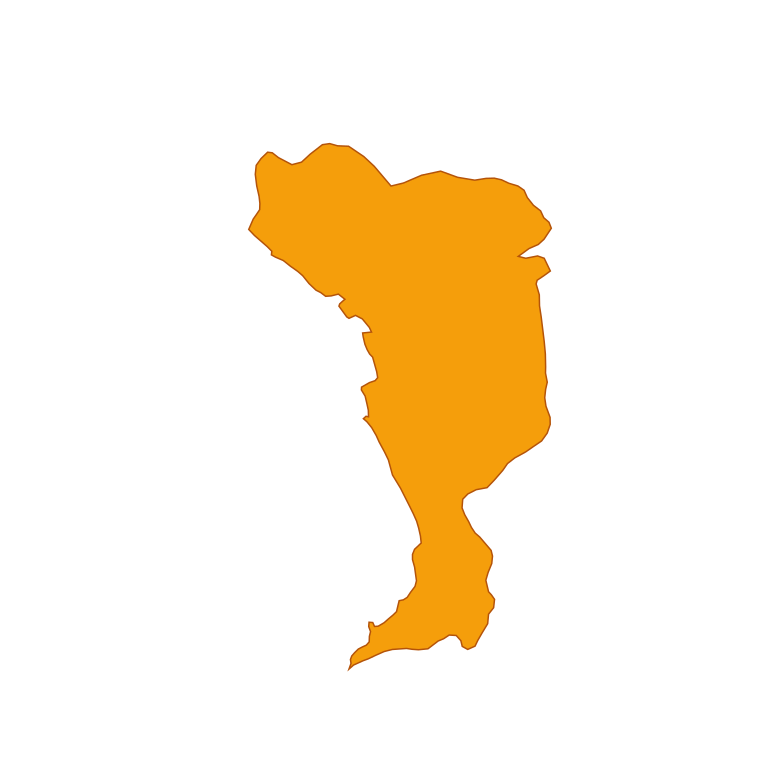 the district of Lundu, Sarawak, Malaysia, rotated 221°
{"feature_id": "92858781B46549610571988", "entity_name": "Lundu", "entity_type": "district", "adm_level": 2, "iso_a3": "MYS", "parent_name": "Malaysia", "parent_adm1": "Sarawak", "projection": "orthographic", "projection_center": [109.809, 1.733], "detail": "fine", "context": "isolated", "style": "filled", "palette": "amber", "viewbox_px": 768, "rotation_deg": 221, "n_neighbors": 0, "source": "geoboundaries", "source_scale": "gbopen_adm2", "svg_char_len": 2607}
<svg xmlns="http://www.w3.org/2000/svg" viewBox="0 0 768 768"><g transform="rotate(221 384 384)"><path d="M587.5,411.9L579.2,411.1L562.3,411.1L555.8,410.6L553.7,407.6L549.3,408.5L541.1,411.1L532.0,411.5L522.9,412.4L516.4,412.4L506.4,410.6L496.9,410.2L491.7,411.5L485.6,411.9L481.7,415.8L477.4,421.9L469.1,422.3L469.6,418.9L470.0,415.4L469.1,413.2L456.1,410.2L453.5,410.6L450.5,417.1L443.1,418.9L432.3,417.1L427.5,415.0L433.6,408.5L430.6,405.9L424.5,401.5L419.3,398.9L414.5,397.2L410.2,396.8L397.6,388.5L392.9,384.6L392.9,380.7L395.9,375.5L398.9,366.9L397.2,364.7L390.3,362.5L383.8,357.8L378.6,353.9L374.2,349.1L376.4,347.8L376.8,344.3L372.1,344.3L364.7,343.0L356.0,340.0L349.5,337.0L339.1,333.1L330.9,329.6L317.9,320.9L303.2,316.2L284.1,308.4L276.7,305.3L269.4,301.9L263.3,298.0L256.8,293.2L251.6,288.4L252.5,279.3L250.7,274.1L247.3,270.2L240.8,265.9L230.4,256.8L227.8,251.6L227.3,244.2L226.5,238.2L227.8,233.8L230.4,230.4L228.6,226.9L225.2,220.4L225.6,215.6L226.5,210.0L227.3,203.9L229.5,197.4L232.1,194.8L236.0,196.6L239.0,194.4L236.4,190.9L231.7,188.3L229.5,184.0L226.0,179.7L226.0,175.3L227.8,171.4L229.5,167.1L229.9,161.9L229.9,157.6L228.6,154.1L225.6,151.5L223.4,145.9L222.6,151.9L218.2,161.5L215.6,166.2L212.2,174.0L208.3,182.3L203.5,189.2L193.5,199.2L188.8,202.2L183.6,206.1L177.1,213.0L174.5,225.6L171.9,230.8L170.1,237.3L164.5,241.6L157.6,240.7L152.8,237.3L146.7,238.6L143.3,245.9L145.0,252.0L146.7,260.7L148.5,271.1L154.1,278.9L154.5,287.1L159.3,294.0L164.5,295.3L168.8,295.8L178.4,302.7L181.8,310.1L184.9,319.2L189.2,325.3L194.0,328.7L211.3,331.3L217.4,331.3L223.9,333.1L229.9,335.7L237.3,338.3L243.8,341.7L249.0,348.7L248.6,356.0L245.1,364.7L238.2,373.4L237.7,383.8L237.7,396.8L238.6,405.0L236.8,414.1L232.5,425.8L230.3,434.5L227.7,444.4L228.6,454.0L232.1,462.6L236.8,467.8L247.2,473.5L253.7,479.1L258.5,486.0L262.0,492.5L269.3,498.2L273.2,502.9L281.9,512.5L291.0,521.2L309.2,537.6L317.9,545.0L325.3,553.2L334.8,559.3L336.5,562.8L334.4,570.6L332.6,578.4L345.6,584.0L352.1,581.4L359.5,571.9L366.4,568.4L363.4,581.4L359.1,590.5L358.2,598.3L359.9,611.3L365.6,614.3L372.5,614.3L379.4,617.4L388.5,616.9L398.1,618.7L405.4,622.1L412.8,621.3L421.5,617.4L429.3,615.2L435.8,611.7L441.9,606.1L449.2,597.4L464.0,588.3L480.9,581.8L492.6,566.2L501.2,548.4L508.6,538.0L534.2,541.9L548.5,542.4L566.7,540.2L575.3,533.3L582.7,529.8L587.5,524.2L590.5,509.0L591.0,504.2L591.8,497.3L597.4,489.1L612.2,485.6L620.0,485.2L623.9,482.6L624.7,473.5L623.9,465.2L618.7,457.8L610.0,450.0L601.3,443.6L596.1,438.8L592.2,434.0L591.4,427.5L590.9,422.7L587.5,411.9Z" fill="#f59e0b" stroke="#b45309" stroke-width="1.5"/></g></svg>